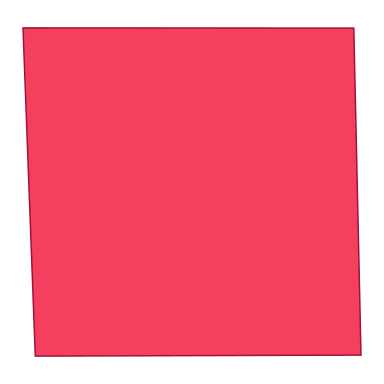 outline of Hockley, Texas, United States of America
{"feature_id": "52423323B48286910012363", "entity_name": "Hockley", "entity_type": "district", "adm_level": 2, "iso_a3": "USA", "parent_name": "United States of America", "parent_adm1": "Texas", "projection": "orthographic", "projection_center": [-102.393, 33.607], "detail": "fine", "context": "isolated", "style": "filled", "palette": "rose", "viewbox_px": 384, "rotation_deg": 0, "n_neighbors": 0, "source": "geoboundaries", "source_scale": "gbopen_adm2", "svg_char_len": 187}
<svg xmlns="http://www.w3.org/2000/svg" viewBox="0 0 384 384"><path d="M35.3,356.1L361.0,355.1L353.8,28.1L23.0,27.9L35.3,356.1Z" fill="#f43f5e" stroke="#9f1239" stroke-width="1.5"/></svg>